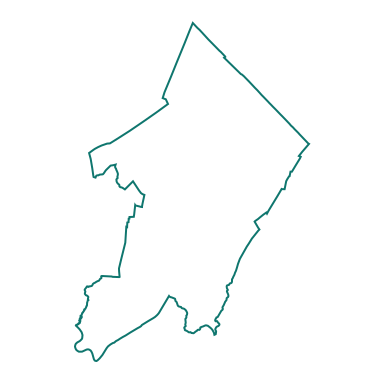 the district of Vi Thuy, Hau Giang, Vietnam
{"feature_id": "81297802B65836895267297", "entity_name": "Vi Thuy", "entity_type": "district", "adm_level": 2, "iso_a3": "VNM", "parent_name": "Vietnam", "parent_adm1": "Hau Giang", "projection": "robinson", "projection_center": [105.508, 9.801], "detail": "fine", "context": "isolated", "style": "outline", "palette": "teal", "viewbox_px": 384, "rotation_deg": 0, "n_neighbors": 0, "source": "geoboundaries", "source_scale": "gbopen_adm2", "svg_char_len": 5877}
<svg xmlns="http://www.w3.org/2000/svg" viewBox="0 0 384 384"><path d="M192.8,23.0L189.4,31.2L184.5,43.5L176.7,62.5L170.9,76.9L164.5,92.3L162.7,98.1L165.8,99.3L168.0,104.0L155.6,113.0L142.7,122.0L129.8,130.8L116.8,139.1L109.9,143.4L107.1,143.6L101.6,145.5L98.1,147.1L94.8,148.9L93.2,150.0L89.1,153.0L90.7,159.0L92.3,168.5L93.3,175.6L93.6,177.0L95.5,177.6L96.1,176.1L96.5,175.6L97.5,175.3L98.5,175.3L99.7,174.6L102.3,174.4L103.0,174.2L103.8,173.3L105.0,171.5L105.3,171.0L106.1,170.0L110.6,165.6L113.3,165.2L115.6,164.6L115.2,165.8L115.1,167.0L115.5,168.0L116.0,168.7L116.1,169.0L116.3,169.8L117.1,171.5L117.8,173.4L117.9,174.3L117.6,176.0L117.4,176.7L117.4,177.1L117.6,177.7L117.6,178.1L117.4,178.4L116.9,178.7L116.4,179.5L116.6,181.4L117.0,182.4L117.4,183.0L118.0,183.7L119.2,184.7L119.4,185.3L119.4,186.2L119.8,186.8L120.4,187.2L121.6,187.4L122.8,188.0L124.9,189.4L133.0,181.3L138.9,190.3L141.0,193.1L142.6,194.2L144.4,194.9L144.2,195.8L143.7,198.2L142.5,203.7L142.0,206.6L142.0,207.0L141.0,206.9L139.2,206.4L135.6,205.5L135.4,205.4L135.2,205.1L134.2,214.2L133.8,216.8L129.5,217.0L129.4,218.6L128.7,218.7L128.5,222.2L127.3,222.5L127.1,227.1L126.3,226.8L125.3,242.7L121.2,259.2L119.0,268.4L119.0,269.1L119.1,271.3L119.6,276.9L119.2,277.1L112.3,276.8L111.8,276.5L101.9,276.0L101.4,276.1L101.2,276.5L101.4,277.6L101.4,278.0L101.2,278.3L100.2,278.8L99.8,279.3L99.2,280.4L99.0,280.6L98.6,280.8L98.0,281.0L96.3,281.8L95.4,282.5L93.9,283.2L93.2,283.7L92.8,284.2L92.3,285.3L92.1,285.6L91.6,286.0L90.2,286.3L89.0,286.4L88.6,286.9L88.1,286.9L87.4,286.4L87.1,286.4L86.9,286.5L86.0,287.9L85.1,289.0L84.7,289.7L84.7,290.1L85.3,291.4L85.3,291.8L84.9,293.1L84.9,293.9L85.9,295.2L87.2,295.7L88.2,296.7L88.3,297.2L88.0,298.4L87.9,299.5L88.3,299.8L88.4,300.1L87.8,300.5L87.6,301.0L87.4,301.9L87.1,302.7L87.0,305.2L86.7,306.0L86.3,306.3L86.3,306.7L86.1,307.3L85.3,308.9L85.1,309.0L84.5,309.2L84.2,309.5L84.2,309.9L84.4,310.2L84.4,310.3L83.9,310.7L83.7,311.4L83.2,311.7L83.0,312.5L82.4,312.8L82.2,313.1L81.7,314.9L81.5,315.2L81.3,315.4L80.6,315.7L80.6,315.9L81.5,316.4L81.8,316.8L81.8,317.0L81.7,317.3L80.7,317.1L80.4,317.1L80.3,317.3L80.4,317.6L81.0,318.1L81.0,318.4L80.8,318.6L79.8,318.8L79.7,318.9L79.7,319.2L80.1,319.5L80.3,320.0L80.3,320.3L80.1,320.4L79.5,320.4L79.3,320.5L79.5,321.0L80.1,321.6L79.4,322.4L79.4,322.6L79.5,322.7L79.8,322.9L79.7,323.1L79.4,323.3L78.6,323.4L78.4,324.1L77.8,324.1L77.4,324.7L76.3,324.8L76.2,324.9L75.9,325.6L77.8,327.4L79.6,329.3L81.2,331.6L81.7,332.4L82.3,334.4L82.5,335.1L82.2,338.1L81.9,338.9L80.9,340.0L79.7,341.1L77.3,342.4L75.8,343.8L75.3,345.0L75.0,346.5L75.2,347.4L75.6,348.6L76.0,349.4L76.6,350.2L77.9,351.1L78.7,351.6L79.6,351.7L80.8,351.7L82.2,351.6L86.5,349.6L87.3,349.4L88.2,349.4L88.9,349.5L90.5,350.4L90.9,350.9L91.4,351.6L92.3,353.5L93.9,359.2L94.7,360.5L95.3,360.8L95.8,360.9L96.5,361.0L96.8,360.8L97.5,360.4L99.6,358.4L102.4,355.0L106.6,348.2L108.0,346.4L110.4,344.5L112.7,343.1L114.3,342.6L115.6,341.4L116.3,340.9L117.9,340.1L120.0,338.7L122.8,337.0L125.6,335.5L130.5,332.4L137.7,328.1L139.6,327.1L141.0,326.2L141.9,325.0L148.2,321.1L153.3,318.1L155.1,316.9L157.0,315.2L158.1,314.0L158.9,313.0L169.0,296.0L169.5,296.7L170.1,296.9L170.7,297.2L171.4,297.3L174.7,298.6L175.0,298.8L175.2,299.3L175.4,300.8L175.7,301.2L176.5,301.9L177.0,303.1L177.6,305.0L177.9,305.7L178.3,306.1L178.9,306.5L180.5,306.9L181.0,307.0L181.6,307.9L181.8,308.1L182.2,308.3L183.7,308.6L184.4,309.0L185.7,310.1L186.5,311.4L187.1,312.7L187.2,313.2L187.0,314.7L186.3,315.7L186.4,316.9L186.3,317.6L186.0,318.2L185.6,318.6L185.4,318.9L185.4,319.7L185.7,322.5L185.6,323.2L185.3,324.3L185.3,324.7L185.7,326.0L184.6,327.1L184.3,327.5L184.4,328.4L184.8,329.1L184.9,330.0L185.1,330.2L185.4,330.4L186.5,330.7L188.9,332.3L189.7,332.3L190.3,332.2L190.6,332.2L191.2,332.8L191.5,333.0L192.1,333.0L193.1,333.2L193.5,333.2L193.9,333.0L194.5,332.5L195.7,331.5L197.0,330.7L197.6,329.9L198.4,329.7L199.2,329.9L199.6,329.7L199.9,329.4L200.3,328.6L200.3,327.7L200.5,327.4L201.6,326.9L202.9,326.5L205.4,325.4L206.5,325.4L207.9,325.8L210.2,327.6L211.3,328.6L212.4,329.9L213.9,332.6L214.4,334.8L215.7,334.2L216.0,332.6L216.1,331.2L215.5,330.2L215.3,329.6L215.4,328.8L215.8,328.0L216.4,327.1L216.8,326.7L218.3,326.0L218.9,325.5L219.2,325.1L219.4,324.7L219.4,324.2L219.2,323.8L218.7,323.2L218.0,322.6L217.3,321.4L217.0,321.1L216.6,321.1L215.8,321.3L215.6,321.2L215.4,320.9L215.2,320.6L215.2,320.2L215.4,319.3L216.1,318.3L216.4,317.5L216.8,317.3L217.3,317.2L217.7,317.0L221.3,310.8L222.4,309.9L222.6,309.5L222.8,309.1L222.8,308.7L222.5,307.9L222.5,307.3L222.7,306.9L223.8,305.0L225.2,301.7L226.4,300.2L226.6,299.2L226.6,298.8L226.7,298.2L227.1,297.7L228.0,297.1L228.4,296.2L228.4,295.7L228.2,294.5L227.0,291.7L226.9,291.2L227.0,290.9L227.6,290.4L227.7,290.2L227.8,289.9L227.7,289.6L227.0,288.5L226.9,288.1L226.7,286.8L226.7,286.3L226.8,285.9L227.0,285.5L227.5,285.3L228.9,284.9L229.2,284.5L229.7,283.6L230.0,283.4L231.1,283.1L231.6,282.7L231.8,282.3L232.0,281.4L232.0,279.3L232.5,278.6L232.9,277.8L233.2,277.0L234.4,274.7L235.0,272.8L236.0,270.7L237.1,267.1L238.0,263.9L239.8,259.1L240.2,258.3L246.8,246.6L248.8,243.6L251.9,238.6L258.3,230.6L259.4,229.5L258.1,227.6L254.6,221.6L255.2,221.0L258.2,218.9L259.8,217.5L263.4,214.6L266.4,212.5L267.0,213.6L268.5,210.8L277.8,195.5L281.4,189.4L281.6,189.0L281.8,189.1L284.6,189.2L286.2,181.2L287.2,179.3L289.0,176.4L289.6,176.2L290.5,171.7L291.9,171.7L295.5,165.7L299.9,158.5L300.7,156.8L298.9,156.0L302.3,151.7L309.0,143.9L308.2,143.4L299.6,134.4L298.3,132.9L294.5,129.1L293.1,127.5L290.9,125.5L289.4,123.7L282.2,116.2L280.4,114.4L275.2,109.0L272.8,106.6L271.0,104.7L269.1,102.8L268.5,102.1L263.1,96.5L261.7,95.1L257.4,90.3L254.8,87.7L249.2,81.7L244.8,77.2L244.3,76.6L241.9,74.5L240.9,74.1L224.1,57.7L225.3,56.9L225.3,56.7L220.5,51.6L219.9,51.2L218.7,50.0L208.3,39.4L199.7,30.0L197.3,27.8L192.8,23.0Z" fill="none" stroke="#0f766e" stroke-width="2"/></svg>